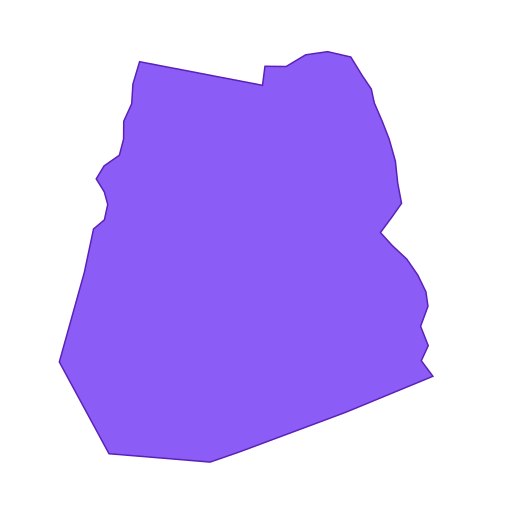 outline of Pilões, Paraíba, Brazil, rotated 95°
{"feature_id": "56859067B29382910416261", "entity_name": "Pilões", "entity_type": "district", "adm_level": 2, "iso_a3": "BRA", "parent_name": "Brazil", "parent_adm1": "Paraíba", "projection": "orthographic", "projection_center": [-35.62, -6.881], "detail": "fine", "context": "isolated", "style": "filled", "palette": "violet", "viewbox_px": 512, "rotation_deg": 95, "n_neighbors": 0, "source": "geoboundaries", "source_scale": "gbopen_adm2", "svg_char_len": 680}
<svg xmlns="http://www.w3.org/2000/svg" viewBox="0 0 512 512"><g transform="rotate(95 256 256)"><path d="M465.8,385.2L465.3,283.8L452.5,255.2L403.8,152.9L360.4,69.3L345.9,82.2L330.3,76.6L311.7,85.9L291.1,80.3L276.9,83.6L261.0,93.1L246.0,105.5L233.7,121.2L221.8,134.1L205.4,124.0L190.9,115.6L170.9,121.2L149.4,125.4L128.0,133.5L111.0,141.9L93.2,151.5L79.6,155.7L67.3,165.7L49.5,178.9L46.2,202.5L51.2,224.0L64.6,242.5L66.2,263.6L85.4,264.4L72.6,388.9L95.5,393.6L115.2,393.1L133.3,399.5L151.1,398.1L167.5,400.9L179.5,415.2L193.1,421.9L205.4,412.7L217.6,408.2L233.2,410.2L243.2,420.2L287.4,425.6L378.7,442.7L465.8,385.2Z" fill="#8b5cf6" stroke="#5b21b6" stroke-width="1.5"/></g></svg>